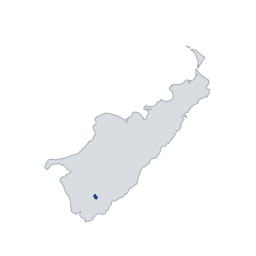 location of La Candelaria, Salta, Argentina, rotated 213°
{"feature_id": "61730980B21173322628341", "entity_name": "La Candelaria", "entity_type": "district", "adm_level": 2, "iso_a3": "ARG", "parent_name": "Argentina", "parent_adm1": "Salta", "projection": "natural_earth1", "projection_center": [-65.359, -26.083], "detail": "fine", "context": "in_parent", "style": "filled", "palette": "blue", "viewbox_px": 256, "rotation_deg": 213, "n_neighbors": 0, "source": "geoboundaries", "source_scale": "gbopen_adm2", "svg_char_len": 4289}
<svg xmlns="http://www.w3.org/2000/svg" viewBox="0 0 256 256"><g transform="rotate(213 128 128)"><path d="M156.7,78.2L155.4,80.7L155.6,82.4L154.3,86.4L154.6,87.1L153.6,89.0L153.9,91.1L153.3,93.0L153.5,95.5L153.1,96.2L152.2,96.4L151.5,99.9L152.3,103.2L151.6,103.8L152.7,106.2L156.4,108.3L158.3,110.5L158.3,111.4L157.3,112.7L157.1,113.8L157.7,115.3L158.6,116.3L160.4,116.8L160.6,119.0L160.2,120.4L156.8,125.3L155.9,127.4L152.7,129.6L144.5,132.1L138.1,133.0L134.5,132.8L132.1,131.8L132.2,134.6L133.4,135.4L132.8,135.4L133.3,135.9L133.0,138.2L132.2,138.6L131.6,140.5L131.7,142.1L132.4,143.4L131.6,144.8L128.8,146.1L125.6,146.4L119.5,144.3L119.8,143.9L119.5,143.8L118.5,144.2L118.0,146.1L118.7,148.9L118.5,151.4L118.9,152.2L121.1,153.2L120.9,154.2L121.6,154.3L123.2,154.0L123.4,153.2L122.6,152.9L124.7,152.3L125.5,153.3L125.5,155.9L125.2,156.6L123.5,157.0L123.0,156.9L122.1,155.1L121.3,154.8L118.9,155.7L118.7,156.3L122.1,157.6L119.6,158.9L117.6,161.3L117.5,165.6L117.0,166.8L115.7,167.9L115.4,168.8L115.9,169.3L115.7,170.1L113.0,169.8L111.1,171.1L109.4,171.6L106.3,176.4L106.8,178.8L110.3,182.2L114.7,183.2L115.2,184.3L115.1,185.6L114.5,186.5L112.9,187.2L114.3,187.2L114.9,187.9L107.1,194.0L106.1,195.8L105.7,199.5L105.1,200.2L103.5,200.9L102.4,200.2L101.5,198.8L101.5,199.9L100.1,200.3L101.9,200.4L102.7,201.3L100.3,202.6L99.6,203.8L99.3,205.5L98.4,206.5L99.1,206.2L99.9,209.5L98.0,209.8L100.3,210.3L103.0,214.1L102.8,214.4L102.7,214.0L95.7,212.3L86.4,212.0L86.5,211.5L84.3,209.5L84.7,208.1L84.3,206.9L84.8,205.8L84.4,204.4L83.6,203.9L80.6,204.7L78.9,201.1L78.9,199.1L78.4,197.8L78.9,196.2L80.4,196.1L80.8,194.4L82.8,193.0L82.7,191.4L83.9,190.5L84.2,189.6L83.0,187.5L83.8,185.2L85.8,183.4L85.6,181.2L86.7,180.1L85.8,177.1L86.9,175.8L86.4,175.1L86.3,173.6L87.5,173.1L88.2,171.4L87.0,169.9L84.8,169.4L84.7,168.6L88.5,168.6L89.0,167.3L88.7,166.6L85.8,166.2L85.8,164.5L86.4,163.5L85.8,162.4L86.0,161.4L85.2,159.9L85.9,159.2L84.0,157.7L83.9,155.2L84.3,154.5L84.0,153.2L85.8,151.9L84.9,149.4L85.0,144.8L84.7,143.5L85.7,141.6L85.2,140.3L85.9,139.4L85.6,137.0L86.5,136.8L87.1,132.7L89.3,131.4L89.7,130.6L88.1,125.4L88.2,123.4L87.9,122.5L88.3,121.4L87.9,119.7L88.5,117.7L90.0,116.9L90.1,116.2L91.7,114.8L91.6,111.5L90.9,109.7L91.7,109.1L92.2,106.5L93.3,103.8L94.3,103.4L94.1,100.3L94.4,97.5L93.1,97.0L93.4,95.0L92.9,94.5L92.6,92.4L91.7,90.6L91.6,89.8L92.1,89.2L91.1,88.5L90.4,86.8L90.5,85.2L90.7,84.2L91.8,83.4L91.5,82.7L92.4,79.4L93.5,79.3L94.1,78.1L93.5,77.5L93.6,75.6L93.1,72.8L94.1,71.4L94.9,67.1L97.4,64.1L99.0,59.3L100.3,59.2L101.7,58.1L100.3,55.0L101.2,53.0L100.2,48.9L100.5,47.3L101.3,46.4L100.4,44.8L100.7,43.5L102.0,42.0L106.6,39.8L108.4,33.4L107.5,32.3L110.0,28.5L111.8,27.8L112.5,25.9L114.9,27.8L119.0,27.8L121.0,28.6L122.4,32.3L124.6,27.3L130.2,27.1L131.3,28.9L133.5,31.0L135.0,33.7L139.6,38.1L145.5,40.2L149.2,43.1L153.4,45.6L155.5,46.1L157.1,47.9L157.5,49.2L156.5,50.2L155.8,52.1L154.6,53.2L154.1,54.5L154.1,56.0L151.9,59.1L151.9,60.3L154.2,60.0L159.6,61.2L162.3,61.2L163.1,61.8L164.5,60.3L166.9,60.9L168.4,58.4L169.9,57.9L171.6,56.1L172.4,54.0L172.8,49.4L173.7,49.7L175.2,49.1L176.5,50.0L177.6,53.9L177.3,57.6L176.6,59.1L174.9,59.9L174.0,61.0L171.4,61.7L170.0,63.7L166.7,65.8L166.9,66.9L165.8,66.9L160.3,74.5L156.7,78.2ZM102.1,229.1L101.9,216.1L103.8,218.6L102.9,218.5L102.7,219.7L104.2,220.0L104.9,221.5L108.2,224.3L113.0,227.2L117.9,228.0L116.5,229.4L111.8,230.1L109.0,229.3L102.1,229.1ZM119.8,228.9L121.2,228.4L124.1,228.3L120.3,229.3L119.8,228.9ZM134.2,133.9L134.1,134.5L133.2,133.6L134.2,133.9Z" fill="#d9dde1" stroke="#a8b0b8" stroke-width="1"/><path d="M119.2,54.0L119.2,53.9L119.2,53.7L119.3,53.7L119.3,53.4L119.4,53.2L119.5,53.2L119.5,52.9L119.6,52.7L119.5,52.4L119.4,52.3L119.2,52.3L119.0,52.2L118.9,52.2L118.7,52.2L118.3,52.1L118.3,52.3L118.2,52.4L117.9,52.2L117.7,51.9L117.6,51.7L117.6,51.4L117.4,51.3L117.4,51.2L117.2,51.2L117.2,51.3L117.1,51.5L116.9,51.7L116.8,51.8L116.7,51.8L116.6,52.0L116.4,52.2L116.2,52.2L116.2,52.3L116.1,52.2L116.1,52.3L116.0,52.5L116.3,52.7L116.5,52.7L116.6,52.8L116.7,52.7L116.8,52.7L117.0,52.5L117.0,52.4L117.1,52.5L117.3,52.6L117.4,52.8L117.4,53.0L117.5,53.0L117.4,53.0L117.5,53.0L117.8,53.2L117.7,53.3L117.9,53.3L118.7,53.5L118.7,53.8L118.8,53.8L119.0,53.8L119.1,54.0L119.2,54.0Z" fill="#3b82f6" stroke="#1e3a8a" stroke-width="1.5"/></g></svg>